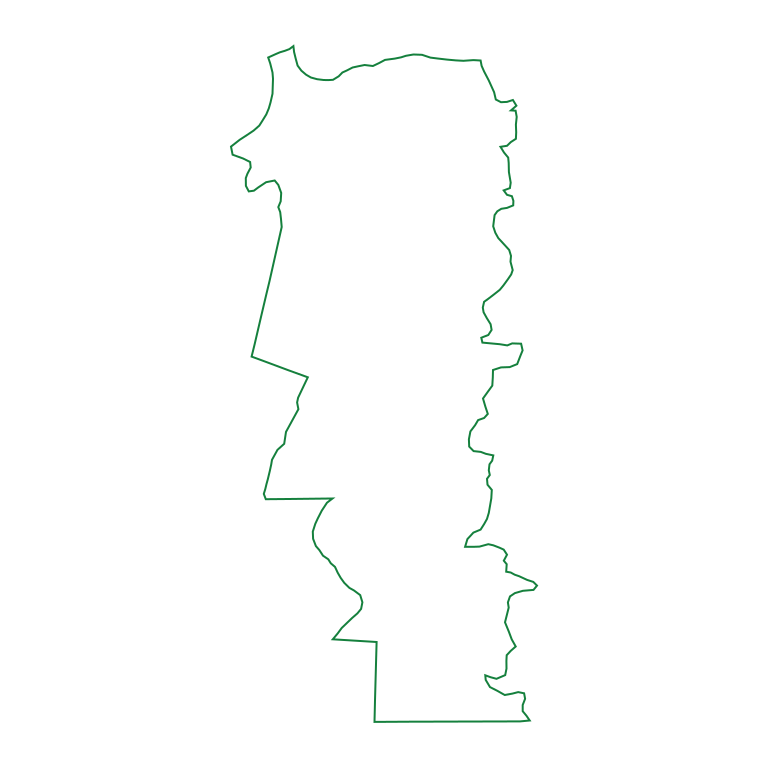 outline of Rosário, Maranhão, Brazil
{"feature_id": "56859067B87661364521174", "entity_name": "Rosário", "entity_type": "district", "adm_level": 2, "iso_a3": "BRA", "parent_name": "Brazil", "parent_adm1": "Maranhão", "projection": "orthographic", "projection_center": [-44.19, -2.972], "detail": "fine", "context": "isolated", "style": "outline", "palette": "green", "viewbox_px": 768, "rotation_deg": 0, "n_neighbors": 0, "source": "geoboundaries", "source_scale": "gbopen_adm2", "svg_char_len": 3332}
<svg xmlns="http://www.w3.org/2000/svg" viewBox="0 0 768 768"><path d="M480.6,60.5L473.4,60.1L463.4,60.8L456.0,60.4L447.1,59.6L437.6,58.5L430.4,57.6L422.0,54.8L413.4,54.5L405.9,55.8L401.2,57.3L394.8,58.6L385.0,59.9L379.0,63.1L372.9,66.0L364.6,65.0L358.1,66.3L352.6,67.5L347.0,70.4L342.4,72.5L338.7,76.3L333.0,79.8L328.2,80.1L323.6,80.0L317.1,79.2L310.9,77.5L306.1,74.7L301.4,70.7L297.6,65.6L295.7,58.6L294.1,52.1L293.4,46.1L289.4,49.1L284.9,50.8L279.9,52.3L275.7,54.1L268.2,57.5L270.2,63.4L272.5,72.5L273.0,78.8L272.5,93.8L270.5,102.5L268.8,108.4L266.3,114.4L262.3,120.9L259.3,125.6L253.6,130.6L246.9,135.1L239.7,139.8L231.0,146.6L232.6,154.7L243.1,158.5L250.1,162.0L250.7,167.5L247.4,173.8L245.8,178.1L245.9,185.9L248.8,191.4L253.9,190.7L258.3,187.4L266.1,182.2L274.7,180.5L278.3,184.9L281.2,192.9L280.7,201.3L278.3,207.1L280.2,212.1L281.0,219.0L281.7,227.0L269.5,281.2L266.5,293.6L261.5,314.8L259.0,325.5L254.6,344.4L251.6,356.6L259.8,359.6L266.0,361.9L288.0,370.1L307.8,377.3L298.1,397.7L297.1,402.5L298.4,409.2L286.0,431.9L284.2,443.8L277.5,449.8L272.0,459.8L271.2,464.6L269.8,471.0L267.8,479.3L266.5,484.0L265.3,489.0L263.8,493.9L265.8,499.2L288.4,499.0L332.5,498.5L327.0,502.7L321.8,510.6L317.8,518.4L315.3,523.8L312.8,531.6L313.1,538.8L315.9,546.1L319.3,550.0L323.0,555.7L328.3,559.3L330.8,563.3L335.0,566.9L337.7,572.7L340.7,577.9L344.3,582.9L349.4,587.9L353.9,590.4L360.2,595.1L362.4,602.3L361.1,608.9L357.4,613.4L352.1,618.0L341.7,628.0L337.8,633.3L332.8,639.3L376.6,642.0L375.0,700.6L374.8,709.3L374.5,721.9L409.1,721.7L520.0,721.4L529.7,720.5L526.5,715.8L522.7,711.2L522.7,705.0L525.1,698.8L524.1,693.3L518.2,692.1L512.4,693.6L504.7,695.0L497.3,690.8L490.0,687.1L485.7,679.9L485.3,675.3L490.5,677.2L496.5,678.8L505.2,675.1L506.5,668.6L506.4,660.9L506.7,655.2L510.9,650.7L515.7,646.5L511.7,639.3L508.9,631.8L505.0,622.3L506.7,615.6L508.7,607.6L507.9,602.4L510.0,596.4L514.9,593.1L522.9,590.8L533.5,589.9L537.0,585.6L533.3,581.9L527.1,579.9L519.1,576.2L514.7,574.7L510.7,572.5L506.2,571.7L506.7,564.2L503.8,560.7L507.0,554.7L503.7,549.6L499.5,547.7L493.3,545.3L488.3,544.2L479.5,546.6L473.9,546.8L465.1,546.8L467.4,539.1L473.4,532.6L480.6,529.6L484.1,524.1L487.0,518.9L488.8,512.9L491.3,498.4L491.8,489.9L487.5,484.7L487.0,478.8L489.8,475.0L488.8,470.3L489.5,464.3L492.2,460.6L493.3,455.4L485.8,453.8L480.8,451.9L473.6,451.1L469.2,446.6L468.9,439.3L470.4,431.4L475.1,425.2L478.1,420.1L484.1,418.0L487.8,413.9L485.4,406.7L483.0,398.5L487.8,391.8L492.3,385.6L492.8,377.5L493.0,370.0L501.0,367.4L509.7,367.1L517.2,364.1L520.4,355.8L522.6,350.4L521.1,343.7L512.2,343.4L507.3,345.4L499.7,344.2L482.4,342.6L481.3,337.7L488.3,335.0L491.6,329.9L490.6,324.2L486.8,318.1L483.6,312.3L482.8,307.6L484.1,301.8L488.4,298.7L494.0,294.4L499.8,289.8L503.5,285.3L508.0,279.1L511.2,274.4L512.7,270.1L510.5,261.7L511.0,255.9L509.2,250.0L504.2,244.5L498.3,238.1L495.3,232.7L493.2,226.3L494.6,215.1L497.3,211.3L501.3,208.8L507.0,207.9L513.2,205.4L513.4,200.9L511.9,196.2L507.0,194.8L503.7,190.4L509.9,188.1L510.7,182.7L508.9,172.0L508.7,163.0L508.2,157.6L504.0,152.5L500.5,146.8L507.0,145.8L510.8,142.1L515.9,138.8L516.2,132.3L515.9,124.6L516.7,116.9L515.6,110.7L511.0,110.4L516.4,105.7L512.9,100.0L507.0,101.9L501.0,102.2L495.8,99.5L494.1,92.2L488.8,80.5L484.1,71.5L481.6,65.8L480.6,60.5Z" fill="none" stroke="#15803d" stroke-width="2"/></svg>